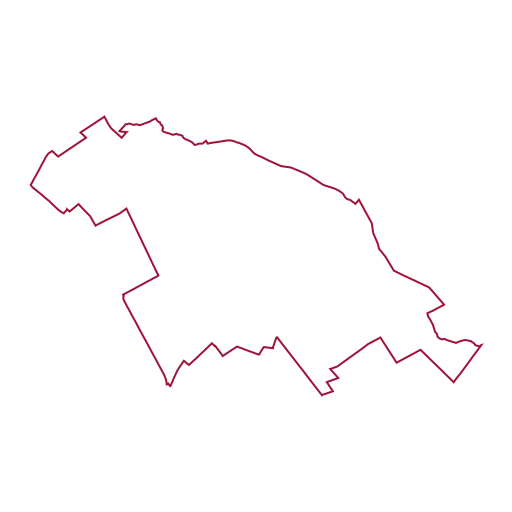 Buzau, Buzau, Romania
{"feature_id": "2599482B14537956390391", "entity_name": "Buzau", "entity_type": "district", "adm_level": 2, "iso_a3": "ROU", "parent_name": "Romania", "parent_adm1": "Buzau", "projection": "mercator", "projection_center": [26.808, 45.138], "detail": "fine", "context": "isolated", "style": "outline", "palette": "rose", "viewbox_px": 512, "rotation_deg": 0, "n_neighbors": 0, "source": "geoboundaries", "source_scale": "gbopen_adm2", "svg_char_len": 5689}
<svg xmlns="http://www.w3.org/2000/svg" viewBox="0 0 512 512"><path d="M222.6,355.8L222.7,356.0L232.7,349.4L233.3,349.0L236.6,346.8L236.8,346.7L237.0,346.6L238.1,347.0L243.3,348.9L245.3,349.7L258.7,354.6L259.2,354.1L259.5,354.0L261.5,350.4L262.2,349.6L262.6,348.8L263.0,348.2L263.6,347.2L265.0,347.3L265.0,347.2L266.3,347.4L269.9,347.8L271.9,348.1L272.0,348.1L272.6,348.1L272.9,348.1L273.1,348.1L273.0,347.3L275.7,339.4L276.2,338.2L276.3,337.9L276.4,337.6L276.7,337.3L277.2,337.3L277.6,337.9L278.8,339.5L285.9,348.7L286.0,348.9L290.9,355.1L291.0,355.2L293.0,357.8L293.2,358.1L294.6,359.9L296.0,361.7L296.7,362.6L297.4,363.5L298.6,365.1L300.6,367.6L302.6,370.1L307.8,377.0L315.0,386.3L322.0,395.3L322.1,395.2L322.3,394.9L332.9,391.3L326.8,382.1L338.3,378.0L330.2,369.0L337.3,366.5L343.9,361.7L351.8,356.0L362.7,348.2L367.9,344.2L380.4,337.5L396.6,362.7L420.5,349.8L432.7,361.7L442.1,370.8L444.5,373.2L449.1,377.7L453.7,382.2L454.5,381.1L455.7,379.4L457.8,376.7L460.4,373.6L461.1,372.5L462.5,370.7L464.7,367.7L469.6,361.0L470.0,360.4L470.8,359.4L471.2,358.8L473.2,356.0L475.2,353.4L476.9,351.1L481.3,345.1L481.0,345.2L480.6,345.6L479.9,345.9L479.2,346.2L478.8,346.3L478.4,346.2L478.1,346.0L477.4,345.8L477.0,345.8L476.6,345.6L475.9,345.3L475.4,345.1L475.1,344.9L474.7,344.4L474.2,343.5L474.0,343.2L473.7,343.0L473.1,342.7L472.2,342.2L471.7,341.8L471.4,341.5L471.3,341.3L471.0,341.2L470.3,341.0L469.2,340.8L468.2,340.6L467.0,340.3L466.2,340.2L465.1,340.0L463.1,340.4L461.6,340.9L460.1,341.3L459.4,341.5L458.7,341.8L458.4,341.9L458.1,342.0L457.1,342.5L456.0,342.9L446.9,340.1L444.4,338.9L442.3,339.4L440.1,338.8L437.7,336.9L436.8,333.7L435.0,331.7L433.0,324.9L429.7,318.8L428.1,316.3L427.4,313.2L432.9,310.7L444.1,304.7L434.0,293.0L429.1,287.4L402.4,274.9L393.8,270.6L385.5,256.8L379.0,248.7L377.8,243.8L373.2,233.0L371.8,223.3L358.9,199.7L358.0,200.8L357.2,201.8L356.7,202.4L356.4,202.7L356.1,203.1L355.8,203.4L355.4,203.9L354.7,203.2L353.8,202.6L352.2,201.5L350.9,200.4L349.9,199.8L348.9,199.7L347.3,199.0L346.6,198.7L345.7,197.9L345.1,197.2L344.7,196.6L343.4,194.3L343.0,193.7L342.3,193.1L340.4,191.7L339.3,190.9L336.8,189.6L335.4,189.0L334.0,188.4L323.9,185.1L323.0,184.7L320.1,182.8L307.7,174.9L305.0,173.4L290.9,167.5L280.9,166.1L277.2,164.4L275.1,163.4L267.9,160.2L264.1,158.2L259.8,156.2L257.9,155.5L255.7,154.3L254.8,153.9L254.5,153.6L253.1,152.3L251.7,150.8L250.2,149.1L249.2,148.3L247.7,147.1L245.9,145.9L243.8,144.8L242.1,144.2L238.9,142.8L238.6,142.6L237.9,142.7L237.7,142.7L236.4,142.2L235.3,141.6L232.0,140.7L230.7,140.5L228.0,140.4L224.8,140.8L223.4,141.0L220.9,141.5L213.2,142.6L210.5,143.0L207.8,143.7L206.0,140.8L202.5,143.6L198.6,143.7L196.7,144.6L194.5,144.9L192.7,142.8L190.2,141.2L188.4,140.4L187.3,139.9L185.3,139.2L184.4,138.4L183.5,137.9L183.0,137.3L182.6,136.0L182.0,135.6L180.0,134.9L178.1,134.5L177.3,134.3L176.8,133.9L176.6,133.8L176.1,133.9L174.2,134.5L173.6,134.6L173.1,134.8L172.6,134.7L171.7,134.5L170.7,134.0L169.6,133.6L166.8,132.7L165.5,132.5L163.5,131.7L162.5,130.7L162.4,129.5L163.1,128.1L162.6,126.7L162.4,125.6L161.1,124.8L160.8,124.4L160.5,123.9L160.0,122.7L160.0,122.4L158.8,122.1L158.1,121.6L157.7,121.1L156.4,119.5L155.8,118.3L152.4,120.0L150.7,120.9L149.8,121.6L146.9,122.6L146.6,122.7L141.8,124.5L140.5,125.0L139.6,125.2L139.1,125.1L138.5,124.9L136.8,124.3L134.8,124.6L134.0,124.8L132.8,124.7L131.8,124.3L129.6,123.6L128.5,123.7L127.1,124.3L125.7,124.2L125.5,124.5L124.1,126.1L119.5,131.1L120.9,131.6L122.2,131.7L126.2,132.0L126.6,132.0L126.2,132.4L122.0,137.5L121.7,137.8L116.8,133.4L114.0,130.9L110.9,128.0L108.7,124.8L104.4,116.7L80.5,132.5L86.1,137.7L70.5,148.2L58.1,156.6L52.2,151.0L49.2,153.0L48.2,153.7L45.8,157.1L41.9,164.4L38.7,170.5L35.3,176.6L33.5,179.8L32.8,181.2L31.9,182.9L30.7,185.0L30.8,185.1L31.2,185.7L32.5,187.2L32.6,187.4L32.7,187.5L32.8,187.6L33.5,188.1L34.6,189.0L39.3,192.8L41.4,194.5L41.7,194.7L41.8,194.8L44.9,197.5L49.7,201.5L50.7,202.5L51.6,203.4L53.2,205.0L55.7,207.3L56.1,207.7L56.4,208.0L57.7,209.2L58.1,209.6L58.8,210.1L59.2,210.5L59.4,210.7L59.7,210.8L60.5,211.4L61.4,212.0L61.5,212.1L61.8,212.3L62.3,212.5L62.7,212.7L63.2,213.0L63.7,213.3L65.4,211.4L66.7,210.0L67.1,209.5L67.1,209.3L68.1,210.2L68.6,210.6L69.0,210.9L69.6,211.5L69.7,211.4L70.5,210.8L78.4,204.2L78.5,204.1L84.2,210.1L90.1,216.1L95.2,225.1L95.3,225.2L95.5,225.6L103.4,221.5L105.2,220.6L119.4,213.6L120.3,213.0L126.4,208.6L131.3,218.8L136.1,229.0L140.6,238.4L143.2,243.9L143.3,244.1L152.6,263.6L152.7,263.8L156.7,272.2L156.8,272.2L158.1,274.9L158.2,275.2L158.4,275.6L156.0,276.9L144.0,283.4L125.7,293.3L124.3,294.0L123.1,294.6L123.3,295.2L123.5,295.3L123.7,295.5L123.8,295.7L123.8,295.9L123.6,296.3L123.5,296.6L123.4,296.9L123.4,297.3L123.3,297.9L123.4,298.7L123.5,299.2L123.6,299.7L123.8,300.1L124.0,300.5L124.3,301.1L124.6,301.6L125.0,302.3L127.2,306.6L128.1,308.2L130.8,313.2L133.6,318.4L136.5,323.6L139.8,330.0L141.3,332.6L141.8,333.6L149.6,347.9L152.2,352.8L156.7,361.0L158.4,364.3L161.7,370.3L162.9,372.6L163.6,373.9L164.3,375.3L165.0,377.0L165.5,378.2L165.6,378.6L165.8,379.2L166.1,380.3L166.4,382.0L166.7,383.8L166.7,384.0L166.7,384.4L166.7,384.5L166.8,384.5L167.1,384.3L167.2,384.2L167.4,384.1L167.5,384.0L167.6,383.9L167.8,383.8L168.1,383.6L168.3,383.5L168.6,384.0L168.8,384.5L169.1,384.9L169.4,385.2L169.8,385.7L170.2,386.0L170.3,385.7L170.5,385.8L171.1,384.5L171.8,382.9L172.2,382.0L172.8,380.6L173.8,378.2L176.0,373.5L177.0,371.1L178.2,369.2L179.3,367.4L180.6,365.5L182.7,362.5L182.9,362.1L183.2,361.8L183.9,360.8L188.9,365.0L192.1,362.1L192.9,361.3L195.8,358.7L196.0,358.5L211.9,343.3L214.5,345.8L214.8,346.1L215.2,345.9L219.9,352.1L221.7,354.5L222.3,355.3L222.7,355.7L222.6,355.8Z" fill="none" stroke="#9f1239" stroke-width="2"/></svg>